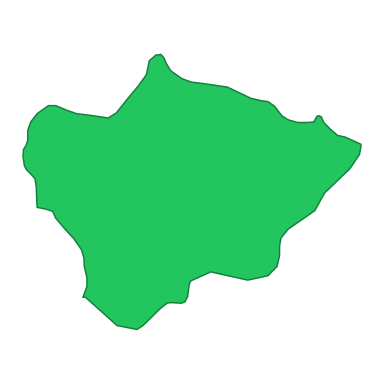 an SVG outline of Novaci
{"feature_id": "MKD-2947", "entity_name": "Novaci", "entity_type": "Statistical Region", "adm_level": 1, "iso_a3": "MKD", "parent_name": "North Macedonia", "parent_adm1": "", "projection": "equal_earth", "projection_center": [21.636, 41.014], "detail": "fine", "context": "isolated", "style": "filled", "palette": "green", "viewbox_px": 384, "rotation_deg": 0, "n_neighbors": 0, "source": "natural_earth", "source_scale": "10m", "svg_char_len": 1234}
<svg xmlns="http://www.w3.org/2000/svg" viewBox="0 0 384 384"><path d="M262.0,277.0L247.7,280.1L210.7,271.9L190.6,281.0L189.2,284.7L187.6,296.7L184.9,301.9L181.4,303.2L171.1,302.6L167.0,303.2L159.9,308.9L143.2,325.4L137.0,329.5L117.1,325.6L85.7,297.5L83.0,297.2L86.6,287.3L86.9,286.1L86.9,277.7L84.3,266.4L83.9,258.0L81.7,250.1L74.0,238.9L64.6,228.7L55.6,218.0L52.6,211.3L45.7,209.1L37.2,207.4L36.7,200.1L36.3,187.1L35.0,178.7L29.9,173.1L26.5,169.7L24.4,165.8L23.0,156.2L23.5,149.4L26.1,145.5L27.8,139.9L27.8,130.3L29.2,126.3L30.8,121.9L37.3,113.5L48.4,105.6L55.7,105.6L66.4,110.1L76.0,113.5L92.8,115.7L108.2,118.0L116.3,112.9L127.5,98.9L137.8,86.5L146.4,74.7L149.3,60.7L149.7,60.4L155.8,55.1L160.9,54.5L163.9,57.9L166.9,64.6L170.8,70.8L181.9,78.7L191.4,82.1L204.2,83.7L220.0,86.0L227.4,87.1L242.7,94.4L250.9,98.3L260.7,100.6L268.1,101.7L274.5,106.2L281.8,115.7L287.8,119.7L297.7,122.5L307.1,122.5L313.9,121.9L316.9,116.3L319.0,115.7L321.3,116.9L323.8,122.5L329.8,128.7L337.5,135.4L345.2,137.1L360.5,144.1L361.0,144.3L360.8,147.4L359.5,154.5L349.8,168.8L324.5,193.1L314.9,210.5L314.7,210.7L288.0,229.3L280.9,238.1L279.6,245.8L279.5,255.9L277.0,266.5L268.0,275.7L262.0,277.0Z" fill="#22c55e" stroke="#15803d" stroke-width="1.5"/></svg>